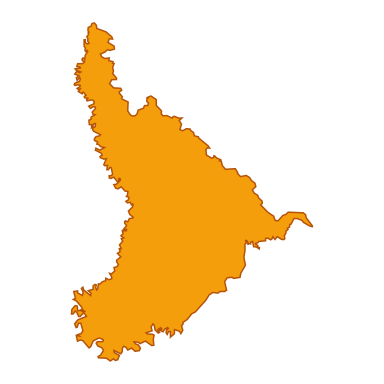 Mphokojoana, Mokhotlong, Lesotho
{"feature_id": "5366337B60583276922456", "entity_name": "Mphokojoana", "entity_type": "district", "adm_level": 2, "iso_a3": "LSO", "parent_name": "Lesotho", "parent_adm1": "Mokhotlong", "projection": "orthographic", "projection_center": [29.014, -29.041], "detail": "fine", "context": "isolated", "style": "filled", "palette": "amber", "viewbox_px": 384, "rotation_deg": 0, "n_neighbors": 0, "source": "geoboundaries", "source_scale": "gbopen_adm2", "svg_char_len": 5861}
<svg xmlns="http://www.w3.org/2000/svg" viewBox="0 0 384 384"><path d="M140.4,348.1L138.4,345.0L135.4,343.8L134.0,341.8L138.0,342.2L140.1,343.6L145.4,341.1L151.6,345.5L153.8,345.3L153.3,339.2L154.1,335.2L152.4,334.2L147.4,334.0L146.1,332.8L152.1,330.8L151.1,327.0L153.0,323.9L154.2,325.2L155.1,330.0L158.3,333.1L159.6,332.2L157.6,329.8L160.6,327.6L161.7,328.9L160.9,329.7L159.9,329.1L159.8,330.2L163.0,331.8L164.9,329.0L167.6,327.5L168.4,328.5L166.6,329.8L166.1,332.8L167.2,334.4L168.5,331.6L170.4,331.5L170.4,337.2L174.4,333.8L174.5,329.5L179.5,331.3L180.9,333.6L182.8,330.1L181.5,325.7L183.1,324.0L182.9,322.4L187.1,319.6L191.8,313.7L195.4,311.9L205.9,300.1L209.2,294.8L212.9,292.5L218.0,293.1L219.9,291.5L224.6,291.5L226.6,290.2L224.6,281.7L227.2,277.8L232.0,277.3L233.6,278.4L240.0,277.4L240.8,273.1L245.4,265.2L243.9,257.3L245.0,250.3L244.9,244.2L246.4,242.9L245.6,240.5L246.5,240.4L247.8,242.1L248.0,244.9L248.5,243.3L250.6,243.9L250.8,242.1L252.6,241.4L253.6,246.7L256.2,246.9L259.2,248.9L259.4,247.5L257.8,247.2L257.7,245.4L255.6,244.3L255.6,243.3L257.5,243.0L259.0,241.4L265.6,240.8L265.5,238.6L266.2,238.2L267.8,238.1L270.5,239.8L271.7,239.3L272.9,236.7L275.0,239.5L277.3,236.6L281.5,239.4L283.8,239.6L284.8,238.7L284.3,235.7L285.8,233.5L286.0,231.2L288.0,229.4L287.5,228.3L289.5,227.0L289.8,224.5L291.1,224.1L293.9,218.6L297.0,218.5L302.0,220.4L303.5,222.4L309.5,225.9L312.2,226.7L312.5,226.0L306.2,217.8L305.6,214.7L303.2,212.8L288.2,212.2L285.9,214.4L282.8,215.5L278.2,220.7L275.2,220.6L273.6,216.1L268.1,212.5L260.7,204.9L262.3,203.2L262.1,201.1L258.8,198.1L257.6,195.2L254.2,193.1L252.3,189.8L255.8,186.7L255.0,183.3L251.3,180.4L249.7,177.6L246.3,175.5L240.6,176.6L237.5,173.5L237.7,172.6L235.3,168.7L225.5,169.3L222.3,165.6L221.3,161.1L219.5,160.9L220.6,159.7L216.5,157.9L214.8,156.0L213.9,155.8L213.7,157.3L211.7,158.2L206.4,155.0L205.9,149.5L207.5,147.8L209.6,148.1L208.2,145.9L198.7,138.1L198.4,136.8L194.3,135.8L193.6,132.6L190.5,130.3L190.2,129.1L186.4,128.7L182.5,130.8L179.9,129.5L181.5,124.1L179.2,120.6L181.9,118.0L179.1,118.2L174.4,116.4L173.2,116.5L172.1,118.1L166.9,115.6L162.9,115.8L161.1,113.6L161.6,111.6L160.9,110.2L156.3,105.5L156.3,99.6L150.9,96.0L147.3,97.5L147.9,98.1L147.0,98.5L146.8,101.4L148.4,103.1L147.7,105.5L144.5,105.6L143.4,108.3L138.2,110.1L137.0,114.0L135.1,115.8L132.0,115.9L130.3,114.8L127.7,110.9L128.1,102.0L122.2,99.1L121.6,98.3L122.3,96.6L119.2,93.0L119.3,91.9L121.7,90.3L120.7,88.3L113.7,87.9L109.6,83.7L111.7,79.7L116.4,79.5L116.6,78.3L112.7,73.5L113.5,70.9L112.6,67.3L114.1,63.5L112.5,63.2L113.0,61.6L108.7,60.7L109.3,58.0L104.8,58.5L101.6,56.7L100.4,54.1L105.0,52.0L107.5,49.6L110.0,50.4L114.4,49.1L114.1,46.1L108.0,42.4L109.3,38.8L112.6,39.1L111.8,36.8L105.9,31.8L96.8,28.5L96.4,25.3L94.4,23.0L93.3,23.1L91.8,23.8L91.1,26.1L88.2,27.5L87.9,30.6L88.9,32.2L88.2,32.6L88.4,34.6L86.8,36.8L87.9,38.7L87.7,41.1L89.1,43.3L87.2,44.0L85.2,42.4L85.3,39.7L84.1,39.8L84.1,46.3L85.4,47.9L84.9,50.2L85.7,51.6L87.1,50.4L87.8,51.4L85.1,55.5L84.8,59.1L83.0,57.9L82.1,59.0L82.4,60.9L84.5,61.1L84.6,61.9L82.7,63.6L77.7,63.7L76.8,66.5L79.8,66.8L80.3,68.0L75.1,68.9L76.4,70.4L80.9,72.0L79.7,72.8L76.9,71.3L74.8,74.1L78.8,75.6L76.4,77.8L77.1,80.4L79.7,77.4L80.3,79.3L79.4,81.4L74.9,83.2L74.2,84.6L75.0,85.5L77.7,84.8L80.3,85.5L80.0,86.7L77.1,88.4L78.1,89.3L80.2,88.9L78.3,91.5L82.2,93.8L82.8,92.2L83.6,92.3L86.0,95.3L84.3,96.4L84.5,97.7L87.9,98.3L86.5,100.0L87.1,100.9L92.0,99.8L94.2,101.3L93.9,103.8L88.7,106.2L90.5,108.4L93.6,106.6L94.9,106.8L95.5,108.5L92.2,112.1L92.9,114.2L95.0,114.7L91.1,117.1L91.0,119.3L88.9,120.2L89.3,124.6L91.7,124.8L91.5,127.7L92.8,126.5L93.5,123.9L95.5,123.5L95.1,126.7L92.6,128.1L92.8,130.0L93.7,131.3L100.5,134.7L99.7,135.8L96.0,136.6L94.3,139.0L94.5,140.5L97.6,142.0L96.8,144.1L98.5,144.4L100.7,146.7L104.5,147.5L99.9,150.1L95.9,148.2L95.4,150.2L101.3,153.2L102.2,155.2L100.0,156.5L100.3,157.7L103.8,159.1L106.3,158.7L103.8,164.8L104.7,165.7L107.4,165.4L106.9,169.7L108.5,169.6L110.0,167.4L111.3,167.8L112.6,174.4L110.9,175.8L109.2,175.7L109.3,178.0L110.8,178.5L113.8,177.1L117.3,181.7L118.7,180.9L118.9,178.4L120.4,178.9L120.2,180.5L116.3,184.3L113.8,184.6L115.6,188.1L118.0,188.9L121.2,186.8L124.9,191.0L127.9,191.5L127.5,194.9L126.4,196.5L128.7,197.1L129.0,198.0L128.3,199.9L125.9,201.3L127.3,202.8L130.4,202.5L131.4,204.9L132.6,203.9L133.2,204.9L132.3,207.2L128.4,211.1L129.8,214.5L133.1,217.2L132.8,218.1L129.4,218.5L127.7,221.9L125.5,220.9L124.7,221.4L124.8,223.4L126.6,225.6L123.6,229.2L126.5,229.4L126.4,230.7L122.3,230.8L123.1,233.8L120.9,235.8L123.7,237.9L121.3,238.7L122.7,241.3L119.5,244.8L121.2,248.8L119.3,248.7L120.1,251.6L117.4,253.3L120.8,256.8L116.7,260.2L116.6,261.7L118.4,264.6L116.8,266.8L114.0,267.5L114.8,270.9L111.7,273.8L109.6,273.4L111.7,276.9L111.7,278.8L108.8,279.7L105.8,278.2L105.6,280.7L102.4,281.7L100.0,284.1L98.5,283.8L97.5,289.2L96.7,290.0L95.6,287.7L96.3,284.9L95.0,284.4L93.1,285.9L93.1,289.4L88.2,290.7L91.0,293.1L90.6,295.6L83.7,289.9L82.9,287.2L81.4,288.4L83.2,292.3L82.4,295.5L77.5,292.8L77.6,290.9L73.7,291.5L75.5,298.4L73.3,299.4L76.4,301.0L81.3,306.7L82.6,309.2L81.4,309.6L84.8,311.4L84.0,312.2L80.5,310.4L77.6,310.7L77.3,306.1L75.2,305.6L71.9,309.4L71.5,314.0L73.3,313.8L75.1,311.1L76.7,312.3L78.7,316.5L80.1,316.5L83.1,313.4L84.6,313.7L86.5,316.4L77.9,319.8L74.7,323.7L76.1,327.6L77.2,327.2L78.4,323.3L80.8,323.2L82.9,330.9L81.0,333.6L77.8,334.6L79.5,336.1L76.3,335.5L77.5,341.2L80.3,340.0L82.8,340.6L89.0,347.9L90.6,346.8L93.3,340.8L99.2,337.9L103.2,339.7L103.4,340.8L102.3,341.6L97.3,341.7L96.2,343.3L97.8,346.0L101.6,347.6L103.5,350.2L100.8,354.9L98.0,356.6L98.4,357.8L106.4,358.2L110.3,361.0L113.5,358.8L115.4,360.5L117.8,359.7L119.4,355.4L114.3,352.6L113.9,350.5L120.8,353.8L122.3,351.6L122.3,348.5L123.6,346.3L126.0,347.3L127.8,350.0L131.6,348.1L135.1,351.3L139.4,350.6L140.4,348.1Z" fill="#f59e0b" stroke="#b45309" stroke-width="1.5"/></svg>